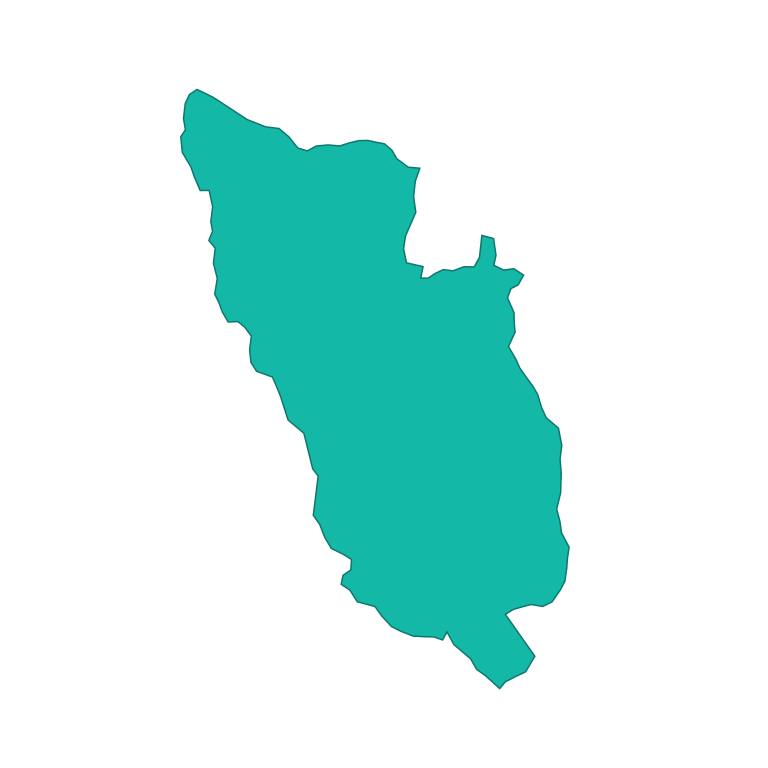 Cerro Branco, Rio Grande do Sul, Brazil (Equal Earth projection), rotated 172°
{"feature_id": "56859067B12660061396762", "entity_name": "Cerro Branco", "entity_type": "district", "adm_level": 2, "iso_a3": "BRA", "parent_name": "Brazil", "parent_adm1": "Rio Grande do Sul", "projection": "equal_earth", "projection_center": [-52.997, -29.627], "detail": "fine", "context": "isolated", "style": "filled", "palette": "teal", "viewbox_px": 768, "rotation_deg": 172, "n_neighbors": 0, "source": "geoboundaries", "source_scale": "gbopen_adm2", "svg_char_len": 1855}
<svg xmlns="http://www.w3.org/2000/svg" viewBox="0 0 768 768"><g transform="rotate(172 384 384)"><path d="M223.4,196.6L228.9,211.8L228.9,223.1L230.4,236.1L224.2,251.7L220.9,270.9L220.1,285.1L216.5,298.4L217.4,316.0L228.1,328.1L231.3,339.1L233.3,352.4L237.2,361.7L241.5,369.6L247.3,380.9L250.0,390.3L255.5,403.8L247.0,417.0L246.5,426.7L245.3,436.6L249.7,452.1L245.0,460.8L237.3,463.5L230.6,472.4L239.4,480.1L249.6,480.1L258.7,486.3L255.2,495.8L255.2,512.8L266.4,517.5L271.8,496.2L278.4,487.3L288.5,489.0L299.7,486.5L309.6,489.0L318.1,486.3L325.5,482.7L332.9,483.7L329.0,494.8L344.9,500.9L345.8,515.1L342.2,527.4L328.6,549.6L328.6,565.4L324.8,580.4L318.5,592.7L329.8,595.3L339.9,605.2L343.7,614.5L350.1,621.8L357.1,624.1L366.3,627.5L375.4,628.5L385.4,627.5L394.8,625.9L406.0,628.5L418.0,629.1L427.4,625.5L436.5,629.7L443.8,642.0L452.4,651.6L465.6,655.2L482.7,664.9L505.3,684.7L513.5,691.8L520.5,696.6L528.2,701.7L536.4,697.7L541.8,689.4L545.6,674.8L545.3,663.3L550.8,657.2L551.5,641.4L545.0,625.9L542.9,615.2L539.1,601.2L530.2,600.0L529.0,583.4L532.9,568.8L532.5,559.1L537.5,550.6L532.2,541.9L536.1,527.4L534.4,511.8L539.1,496.6L536.0,486.9L534.0,477.6L529.7,467.1L520.0,466.1L514.1,459.8L508.7,449.9L512.3,436.6L512.8,424.0L508.4,414.3L493.5,406.4L490.5,395.5L488.2,386.2L484.0,361.7L470.2,346.4L466.4,309.9L462.0,302.0L472.3,263.8L467.2,253.9L464.0,240.3L459.0,228.4L449.0,221.7L440.6,214.8L442.7,204.5L451.2,200.3L454.3,191.6L446.5,184.7L440.8,172.1L423.9,164.9L418.5,154.5L410.4,142.8L401.3,136.5L390.1,130.3L379.6,128.2L369.8,126.6L361.6,122.4L356.1,129.7L351.1,116.3L336.4,99.7L332.0,88.6L324.0,80.9L311.8,66.3L305.3,72.2L295.0,75.8L283.8,79.3L272.5,93.4L295.9,139.0L287.3,142.8L277.3,144.2L269.1,145.2L257.8,141.6L248.0,144.8L237.8,155.8L232.4,163.4L228.6,176.4L226.6,185.9L223.4,196.6Z" fill="#14b8a6" stroke="#0f766e" stroke-width="1.5"/></g></svg>